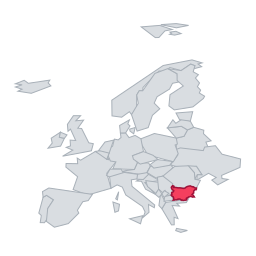 Bulgaria highlighted on a map of Europe
{"feature_id": "BGR", "entity_name": "Bulgaria", "entity_type": "country or territory", "adm_level": 0, "iso_a3": "BGR", "parent_name": "Europe", "parent_adm1": "", "projection": "robinson", "projection_center": [24.961, 42.741], "detail": "fine", "context": "in_parent", "style": "filled", "palette": "rose", "viewbox_px": 256, "rotation_deg": 0, "n_neighbors": 37, "source": "natural_earth", "source_scale": "50m", "svg_char_len": 9346}
<svg xmlns="http://www.w3.org/2000/svg" viewBox="0 0 256 256"><path d="M141.2,26.9L159.7,25.4L172.2,29.5L164.9,30.9L158.9,37.5L155.3,37.6L141.2,26.9ZM201.7,66.7L193.6,68.8L194.9,65.7L190.7,64.1L181.1,70.6L169.8,67.5L165.2,71.7L159.1,71.0L143.0,87.4L142.7,90.8L139.3,90.7L136.7,95.0L136.6,108.7L131.5,114.6L129.4,111.7L121.7,117.2L112.0,115.9L111.8,100.2L163.2,65.5L192.0,59.9L202.1,62.9L198.0,64.0L201.7,66.7ZM188.6,25.4L176.4,27.8L160.8,24.6L176.2,23.6L188.6,25.4ZM181.1,33.6L174.7,35.1L169.6,34.3L171.6,33.3L169.9,32.1L175.9,31.3L181.1,33.6Z" fill="#d9dde1" stroke="#a8b0b8" stroke-width="1"/><path d="M95.4,151.4L115.9,161.9L106.8,173.2L111.0,188.3L87.7,195.0L73.1,189.6L77.6,176.7L65.9,167.1L66.1,163.5L77.7,163.7L77.2,158.1L80.6,160.2L95.4,151.4ZM115.7,198.8L118.7,191.7L117.4,199.9L115.7,198.8Z" fill="#d9dde1" stroke="#a8b0b8" stroke-width="1"/><path d="M131.5,114.6L138.3,103.3L136.7,95.0L139.3,90.7L142.7,90.8L154.9,73.4L167.8,68.6L177.1,73.7L178.3,82.1L172.5,83.3L169.5,89.1L157.1,96.7L154.2,103.1L159.8,108.8L152.4,115.3L148.2,127.6L137.1,131.1L131.5,114.6Z" fill="#d9dde1" stroke="#a8b0b8" stroke-width="1"/><path d="M193.7,127.3L203.8,130.2L203.5,133.7L211.1,140.8L205.9,142.1L207.9,146.8L203.3,150.6L176.3,149.4L176.3,138.1L184.0,136.3L187.5,129.9L193.7,127.3Z" fill="#d9dde1" stroke="#a8b0b8" stroke-width="1"/><path d="M222.0,178.5L228.1,179.4L217.7,184.9L211.8,180.1L216.2,177.5L208.5,173.3L196.7,180.2L197.3,174.6L201.9,174.7L196.4,166.3L181.4,168.2L170.5,164.8L177.8,155.0L176.3,149.4L180.3,147.9L203.3,150.6L204.6,147.1L215.4,145.7L222.0,154.2L240.6,159.0L240.0,167.4L221.6,175.4L222.0,178.5Z" fill="#d9dde1" stroke="#a8b0b8" stroke-width="1"/><path d="M176.3,138.1L177.4,144.0L175.1,145.0L178.2,153.6L173.3,161.8L147.8,155.0L140.5,142.6L140.9,138.8L154.4,133.5L176.3,138.1Z" fill="#d9dde1" stroke="#a8b0b8" stroke-width="1"/><path d="M150.4,166.3L146.3,173.4L140.8,174.6L120.6,171.3L134.3,169.5L137.4,162.6L148.7,163.0L150.4,166.3Z" fill="#d9dde1" stroke="#a8b0b8" stroke-width="1"/><path d="M170.5,164.8L173.0,167.5L166.2,175.2L155.9,178.0L147.1,172.6L150.4,166.3L170.5,164.8Z" fill="#d9dde1" stroke="#a8b0b8" stroke-width="1"/><path d="M188.3,165.8L196.4,166.3L201.9,174.7L197.3,174.6L194.9,179.3L194.4,172.8L188.3,165.8Z" fill="#d9dde1" stroke="#a8b0b8" stroke-width="1"/><path d="M194.9,179.3L200.4,180.3L196.3,188.2L173.7,187.6L162.9,176.1L174.7,166.4L188.3,165.8L194.4,172.8L194.9,179.3Z" fill="#d9dde1" stroke="#a8b0b8" stroke-width="1"/><path d="M187.5,129.9L184.0,136.3L176.3,138.1L167.4,127.9L181.4,126.3L187.5,129.9Z" fill="#d9dde1" stroke="#a8b0b8" stroke-width="1"/><path d="M190.3,121.1L193.7,127.3L187.5,129.9L181.4,126.3L167.4,127.9L172.9,119.8L175.8,123.3L182.6,118.8L190.3,121.1Z" fill="#d9dde1" stroke="#a8b0b8" stroke-width="1"/><path d="M192.7,111.7L190.3,121.1L179.5,119.6L176.0,113.0L192.7,111.7Z" fill="#d9dde1" stroke="#a8b0b8" stroke-width="1"/><path d="M140.9,138.8L143.5,151.6L132.5,155.7L137.4,162.6L134.3,169.5L112.8,168.8L115.9,161.9L110.4,161.0L108.4,156.4L109.2,148.0L112.6,146.2L114.4,139.1L118.2,139.9L121.0,137.5L120.4,133.0L125.6,132.9L129.0,137.6L135.1,135.4L140.9,138.8Z" fill="#d9dde1" stroke="#a8b0b8" stroke-width="1"/><path d="M187.4,230.5L180.8,232.4L175.7,230.6L176.5,228.4L187.4,230.5ZM165.6,202.5L188.5,198.9L186.3,202.6L176.7,203.3L179.5,206.1L172.2,205.5L178.0,218.6L174.1,217.3L174.2,224.8L171.5,224.9L161.9,208.7L165.6,202.5Z" fill="#d9dde1" stroke="#a8b0b8" stroke-width="1"/><path d="M165.6,202.5L161.9,208.7L158.9,205.5L160.6,193.3L165.6,202.5Z" fill="#d9dde1" stroke="#a8b0b8" stroke-width="1"/><path d="M148.5,174.3L159.5,180.6L144.8,182.6L155.3,194.3L145.6,189.2L141.5,181.3L136.5,181.0L148.5,174.3Z" fill="#d9dde1" stroke="#a8b0b8" stroke-width="1"/><path d="M121.2,169.2L123.8,174.4L111.2,177.9L106.5,175.4L109.9,169.2L121.2,169.2Z" fill="#d9dde1" stroke="#a8b0b8" stroke-width="1"/><path d="M107.4,156.6L108.7,159.7L106.7,159.3L107.4,156.6Z" fill="#d9dde1" stroke="#a8b0b8" stroke-width="1"/><path d="M109.2,153.1L106.7,159.3L95.4,151.4L105.1,149.9L109.2,153.1Z" fill="#d9dde1" stroke="#a8b0b8" stroke-width="1"/><path d="M113.6,140.1L109.2,153.1L98.6,150.5L105.0,142.0L113.6,140.1Z" fill="#d9dde1" stroke="#a8b0b8" stroke-width="1"/><path d="M43.1,197.3L46.5,195.3L53.5,199.8L47.7,208.6L48.7,216.5L44.5,222.7L40.2,222.6L41.3,215.5L38.8,213.1L43.1,197.3Z" fill="#d9dde1" stroke="#a8b0b8" stroke-width="1"/><path d="M46.4,221.4L47.7,208.6L53.5,199.8L46.5,195.3L43.1,197.3L42.5,191.6L48.8,188.0L92.4,194.4L88.2,200.6L82.8,201.7L77.4,210.2L78.8,213.1L68.3,223.6L54.4,227.2L46.4,221.4Z" fill="#d9dde1" stroke="#a8b0b8" stroke-width="1"/><path d="M64.4,138.3L60.6,146.1L48.0,148.2L52.2,143.1L51.2,138.2L60.4,132.2L59.4,137.3L64.4,138.3Z" fill="#d9dde1" stroke="#a8b0b8" stroke-width="1"/><path d="M124.3,172.4L137.5,174.3L137.8,178.8L131.3,179.8L132.0,186.3L154.7,205.0L154.3,207.7L148.5,204.5L149.0,212.3L143.2,217.3L145.1,212.0L142.5,206.5L125.8,195.0L122.3,187.1L117.1,184.9L111.0,188.3L109.6,176.8L124.3,172.4ZM129.6,218.8L142.6,215.7L140.5,223.8L129.6,218.8ZM112.9,202.0L119.5,204.3L118.5,210.9L114.9,212.3L112.9,202.0Z" fill="#d9dde1" stroke="#a8b0b8" stroke-width="1"/><path d="M125.6,132.9L120.4,133.0L119.6,125.5L129.4,119.9L127.8,123.9L130.0,125.9L125.6,132.9ZM135.2,127.5L133.7,133.8L130.0,131.1L129.7,129.1L135.2,127.5Z" fill="#d9dde1" stroke="#a8b0b8" stroke-width="1"/><path d="M64.4,138.3L59.4,137.3L60.4,132.2L67.0,134.9L64.4,138.3ZM75.7,140.5L70.5,129.1L68.0,131.3L67.4,124.4L73.4,115.7L80.6,115.7L75.8,120.8L83.6,120.1L77.8,128.2L81.6,128.5L88.8,142.8L93.3,143.7L91.4,150.8L62.6,156.2L72.8,150.1L66.2,147.4L70.5,145.9L70.1,140.1L75.7,140.5Z" fill="#d9dde1" stroke="#a8b0b8" stroke-width="1"/><path d="M49.8,80.1L48.1,82.9L50.9,85.9L31.3,93.3L17.9,91.2L22.0,89.2L15.4,87.0L22.1,84.8L15.4,83.8L24.2,80.3L28.3,83.3L49.8,80.1Z" fill="#d9dde1" stroke="#a8b0b8" stroke-width="1"/><path d="M137.5,174.3L147.1,172.6L148.5,174.3L143.3,179.5L136.9,179.2L137.5,174.3Z" fill="#d9dde1" stroke="#a8b0b8" stroke-width="1"/><path d="M194.9,65.7L193.2,71.8L198.4,74.7L195.4,78.0L199.5,83.0L197.4,86.7L200.6,90.1L199.3,93.0L204.6,96.2L203.4,98.5L192.9,106.9L174.3,109.9L168.9,105.9L170.0,94.7L183.3,86.0L177.1,80.4L177.1,73.7L167.8,68.6L181.1,70.6L190.7,64.1L194.9,65.7Z" fill="#d9dde1" stroke="#a8b0b8" stroke-width="1"/><path d="M172.4,161.5L169.7,165.3L153.8,168.1L150.1,164.6L156.9,159.5L172.4,161.5Z" fill="#d9dde1" stroke="#a8b0b8" stroke-width="1"/><path d="M143.5,151.6L153.1,155.3L158.0,159.5L140.2,164.1L133.4,159.2L132.5,155.7L143.5,151.6Z" fill="#d9dde1" stroke="#a8b0b8" stroke-width="1"/><path d="M155.8,193.5L147.5,186.5L145.8,180.6L159.4,182.4L159.6,188.9L155.8,193.5Z" fill="#d9dde1" stroke="#a8b0b8" stroke-width="1"/><path d="M171.3,195.1L173.6,200.1L164.0,201.3L164.7,196.5L171.3,195.1Z" fill="#d9dde1" stroke="#a8b0b8" stroke-width="1"/><path d="M157.4,177.2L162.9,176.1L172.8,183.8L172.0,194.4L168.0,195.5L165.0,190.4L162.7,192.7L158.6,189.1L157.4,177.2Z" fill="#d9dde1" stroke="#a8b0b8" stroke-width="1"/><path d="M161.9,193.8L159.0,197.4L155.3,194.3L158.6,189.1L161.9,193.8Z" fill="#d9dde1" stroke="#a8b0b8" stroke-width="1"/><path d="M164.0,197.5L161.9,193.8L164.3,190.7L168.9,193.3L164.0,197.5Z" fill="#d9dde1" stroke="#a8b0b8" stroke-width="1"/><path d="M194.3,196.9L193.7,196.8L193.4,197.0L193.1,196.9L192.8,196.9L192.5,197.1L192.3,197.1L192.1,197.0L191.6,196.6L191.3,196.3L191.1,196.3L190.9,196.4L190.2,196.5L189.7,196.8L189.3,196.9L188.8,196.9L188.6,196.9L188.4,197.0L188.3,197.3L188.2,197.5L187.5,197.7L187.4,197.9L187.4,198.0L186.9,198.0L186.5,198.1L186.4,198.2L186.3,198.4L186.4,198.5L186.5,198.7L186.7,199.1L186.7,199.6L186.6,199.8L186.3,200.0L185.8,200.2L185.2,200.1L184.9,200.2L184.5,200.2L184.1,200.3L183.5,200.4L183.0,200.5L182.5,200.2L182.0,199.9L181.4,199.8L181.1,199.9L181.1,200.0L180.6,199.7L180.3,199.5L180.2,199.4L180.0,199.0L179.9,199.0L179.5,199.1L179.1,199.1L178.8,199.1L178.1,199.1L178.0,199.4L177.9,199.4L177.8,199.5L177.4,199.5L176.9,199.7L176.4,199.8L176.0,199.8L175.6,199.8L175.3,199.8L174.8,199.8L174.4,200.1L173.9,200.1L173.4,200.1L173.5,200.0L173.6,198.7L173.8,198.2L173.6,197.9L173.4,197.6L173.2,196.8L173.0,196.6L172.5,196.4L172.1,196.2L171.8,195.9L171.2,195.2L171.5,195.1L171.6,194.9L171.9,194.5L171.9,194.3L171.9,194.2L171.7,194.0L171.6,193.6L171.7,193.2L171.6,192.8L171.7,192.5L171.9,192.4L172.1,192.3L172.7,192.3L173.1,191.8L173.3,191.6L173.5,191.4L173.7,191.0L173.8,190.8L173.3,190.5L173.1,190.2L172.9,190.0L172.7,189.8L172.1,189.5L171.9,189.1L171.8,188.7L171.6,188.4L171.5,188.2L171.4,188.0L171.4,187.8L171.3,187.4L171.5,186.9L171.6,186.7L171.8,186.6L172.3,186.4L172.3,186.0L172.4,185.8L172.6,185.6L173.0,185.8L173.7,186.1L174.0,186.3L174.0,186.5L173.9,186.6L173.6,186.8L173.4,187.0L173.4,187.4L173.6,187.6L174.8,187.4L176.1,187.5L177.7,187.8L178.9,187.9L179.7,187.8L181.2,188.0L182.6,188.3L184.0,188.4L184.7,188.2L185.3,187.9L185.7,187.4L186.9,186.7L188.0,186.3L189.4,186.0L190.4,185.9L190.5,186.0L191.8,186.6L192.3,186.6L192.7,186.7L192.9,186.9L193.0,186.9L193.6,186.8L193.9,187.1L194.3,187.6L195.0,187.9L195.6,188.0L195.8,188.0L196.5,188.0L196.4,189.2L196.0,189.8L195.4,189.6L194.7,189.8L194.3,190.4L194.0,190.6L193.8,190.8L193.7,191.6L193.7,193.0L193.4,193.2L193.2,193.2L192.1,194.4L192.7,194.7L193.0,195.0L193.5,195.7L194.1,196.5L194.3,196.9Z" fill="#f43f5e" stroke="#9f1239" stroke-width="1.5"/></svg>